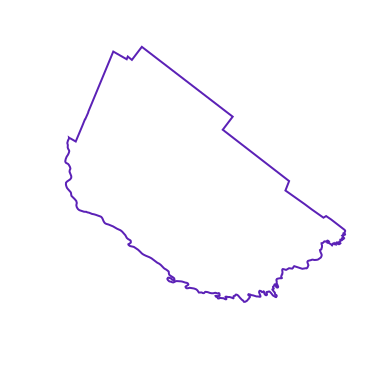 Bārtas pag., Grobinas, Latvia (Natural Earth projection), rotated 38°
{"feature_id": "27541924B34143831895881", "entity_name": "Bārtas pag.", "entity_type": "district", "adm_level": 2, "iso_a3": "LVA", "parent_name": "Latvia", "parent_adm1": "Grobinas", "projection": "natural_earth1", "projection_center": [21.383, 56.376], "detail": "fine", "context": "isolated", "style": "outline", "palette": "violet", "viewbox_px": 384, "rotation_deg": 38, "n_neighbors": 0, "source": "geoboundaries", "source_scale": "gbopen_adm2", "svg_char_len": 6048}
<svg xmlns="http://www.w3.org/2000/svg" viewBox="0 0 384 384"><g transform="rotate(38 192 192)"><path d="M63.1,108.5L63.3,124.9L58.0,124.8L58.8,127.6L43.5,129.8L60.9,192.6L61.3,193.3L63.1,200.5L62.9,200.7L64.9,207.6L69.3,223.8L63.5,224.6L62.2,224.9L61.6,224.9L62.1,225.4L62.6,227.9L63.6,230.2L65.2,231.4L66.6,233.4L67.6,234.1L69.7,235.0L70.2,235.5L70.8,236.9L71.3,238.9L71.5,241.4L72.2,243.8L73.1,245.6L73.5,246.1L74.1,246.4L74.7,246.6L77.1,246.2L78.1,246.4L79.1,246.8L80.4,247.4L81.4,248.1L81.9,248.6L82.0,249.5L82.4,250.4L83.1,251.5L86.9,253.7L87.5,254.3L88.1,255.2L88.2,256.4L88.2,257.1L87.1,260.6L87.0,261.6L87.0,262.3L88.1,263.8L89.1,264.6L90.7,265.6L92.0,266.0L96.3,266.8L97.0,267.1L97.5,267.5L98.6,268.6L99.5,269.3L103.9,269.8L106.3,270.3L108.0,271.6L108.6,272.9L109.0,273.6L109.9,274.4L110.6,274.9L112.4,275.6L113.8,275.7L114.6,275.6L119.1,274.0L120.9,272.7L122.0,272.5L123.6,271.7L126.8,270.8L128.3,270.0L130.0,269.3L135.1,267.6L135.9,267.5L136.8,267.7L137.7,268.0L140.6,269.6L142.2,270.1L143.0,270.1L144.1,269.9L146.3,269.0L151.0,267.7L155.5,267.1L159.2,266.2L161.3,266.2L166.1,267.1L168.8,268.3L169.8,268.4L170.8,268.4L172.7,268.1L173.4,268.1L173.9,268.3L174.8,269.3L174.9,269.7L174.8,270.2L174.5,271.2L174.0,272.3L174.2,272.6L174.9,272.8L176.5,272.7L179.9,271.1L180.8,271.0L185.0,270.7L187.4,270.9L190.4,271.3L192.2,271.2L194.7,270.7L198.6,269.6L200.9,269.2L208.2,269.1L210.3,268.7L212.4,268.7L216.6,269.3L217.6,269.3L219.6,269.0L222.3,269.0L222.8,269.2L224.0,270.5L224.7,271.0L225.5,271.3L226.3,271.3L229.8,270.9L231.1,271.0L232.0,271.7L232.3,272.2L231.7,272.9L230.3,273.3L229.3,273.1L228.1,273.2L226.1,274.0L225.9,274.3L226.0,275.5L226.4,275.9L227.2,276.2L228.9,276.4L229.6,276.2L230.8,275.6L232.0,275.3L232.9,274.8L233.3,274.2L234.1,272.4L234.8,271.6L238.5,269.1L239.7,268.5L242.5,267.5L243.8,266.8L244.9,266.6L245.6,266.8L246.1,267.2L246.1,267.8L245.3,269.9L245.2,270.6L245.8,271.1L246.3,271.2L247.1,271.1L247.6,270.7L248.6,269.7L249.0,269.0L253.0,266.8L254.2,266.4L255.4,266.1L256.9,266.2L259.3,267.0L261.5,265.2L262.7,265.0L263.5,264.5L263.7,264.2L263.8,263.5L263.8,262.9L264.0,262.5L264.5,262.1L266.1,261.2L268.3,260.5L270.0,259.6L271.1,258.7L272.1,257.4L272.7,256.9L274.9,256.1L275.1,255.4L275.4,255.2L275.8,255.1L276.3,255.3L276.8,255.9L277.4,256.4L277.6,256.7L277.6,256.9L276.4,258.2L275.3,258.9L274.7,259.1L274.5,259.4L274.8,259.6L275.3,259.7L275.9,259.6L276.3,259.3L276.7,259.3L277.8,259.8L278.2,259.8L278.8,259.3L278.8,258.9L279.1,258.4L282.0,256.5L282.3,256.3L283.8,256.1L284.8,255.7L285.0,255.3L284.8,254.9L283.4,254.2L283.0,253.9L283.2,253.5L285.5,252.3L286.0,251.8L286.6,251.5L288.3,250.8L288.9,250.7L289.3,250.4L289.9,250.4L290.0,250.1L289.6,249.7L289.6,249.4L289.0,248.6L289.1,248.1L289.8,247.2L289.8,246.9L289.6,246.1L289.8,245.8L290.2,245.5L291.1,245.2L292.1,245.2L293.2,245.4L294.9,245.8L296.4,246.0L297.5,246.2L299.1,246.1L300.3,246.5L300.7,246.5L301.6,245.6L302.3,243.7L302.3,241.9L302.5,241.1L302.3,240.5L302.4,239.6L302.3,239.1L301.8,238.6L301.5,238.5L301.0,238.4L300.6,238.6L299.8,238.5L299.5,238.2L299.5,237.7L301.2,236.9L302.3,236.7L303.7,235.9L307.1,234.6L308.8,233.4L309.7,233.0L310.3,232.4L310.2,232.1L309.6,231.5L307.1,230.1L306.5,229.6L306.2,229.0L306.1,228.5L306.2,228.1L307.3,227.6L308.8,227.8L309.1,227.6L309.3,227.2L309.5,226.3L309.8,226.2L310.2,226.3L311.0,227.1L311.8,227.6L312.8,227.9L313.6,227.9L314.2,227.5L314.3,226.8L313.9,226.3L312.7,225.6L312.4,225.3L312.4,224.9L312.8,224.3L313.4,223.9L313.8,223.1L314.4,222.7L316.8,223.0L319.4,223.7L322.6,223.3L323.0,223.0L322.8,221.8L322.5,221.5L322.0,221.3L320.5,221.4L320.1,221.2L319.2,220.3L318.0,220.1L315.4,219.4L315.3,219.1L315.9,218.2L315.9,217.8L315.5,217.5L314.5,217.2L314.2,216.8L314.4,215.7L314.0,214.1L314.1,213.8L314.3,213.5L314.8,213.4L315.1,213.6L315.7,214.3L317.0,215.0L317.5,215.0L318.1,214.8L318.4,214.4L318.4,214.0L318.1,213.5L315.2,211.9L314.6,211.4L313.7,210.2L312.7,209.4L312.5,208.9L312.5,208.2L312.9,207.5L314.2,206.0L315.6,204.9L315.8,204.6L315.6,204.3L314.8,204.1L314.5,203.9L313.8,202.5L313.9,201.9L313.9,201.5L313.3,200.8L313.2,200.1L312.0,198.8L311.4,198.3L310.9,197.5L310.9,197.0L311.5,196.5L314.0,195.5L314.2,195.3L315.4,192.3L318.1,190.7L318.3,189.6L318.1,188.4L318.2,187.5L326.2,184.6L328.7,181.9L329.3,181.6L329.4,181.3L329.5,180.5L328.8,178.0L326.7,176.7L326.2,176.3L325.9,175.9L325.8,175.1L326.0,174.6L327.7,172.4L328.3,171.4L329.1,170.8L330.0,170.4L330.6,170.0L332.0,168.7L332.7,167.9L332.9,167.5L333.8,164.6L333.8,163.8L333.4,162.5L332.9,161.7L332.0,161.1L330.0,160.1L328.6,159.0L328.7,158.6L329.1,158.0L329.2,157.5L328.7,156.7L328.7,156.2L328.2,155.2L327.3,154.0L326.3,153.4L325.6,152.6L326.5,151.5L326.7,149.5L327.0,149.2L327.2,149.3L327.5,149.1L328.0,148.5L328.4,147.9L328.6,147.0L328.8,146.8L329.7,146.6L330.4,146.8L330.1,147.4L329.6,147.5L329.3,147.9L329.3,148.4L329.6,148.6L330.2,148.5L331.0,148.0L332.2,147.8L333.5,147.7L334.0,147.6L334.6,147.6L335.0,147.9L335.3,147.8L335.2,147.4L334.8,146.7L334.7,146.1L335.2,145.6L335.4,144.8L335.7,144.9L335.8,145.4L336.1,145.5L336.7,145.3L337.0,144.9L337.7,144.8L337.6,144.6L336.9,144.5L336.8,144.3L337.2,144.1L337.1,143.7L336.9,143.2L337.2,142.4L337.5,142.3L337.6,142.8L337.8,142.9L338.5,142.8L338.8,143.1L339.3,143.1L339.5,142.6L340.2,142.3L340.2,141.8L340.5,141.5L340.5,141.2L340.1,141.3L339.2,141.5L339.0,141.3L339.2,140.9L338.7,140.7L338.7,140.1L339.1,139.9L339.3,139.7L339.3,139.4L338.8,138.2L338.5,138.1L339.0,137.6L339.5,137.7L339.8,137.6L339.9,137.2L339.7,137.0L339.1,136.8L338.7,136.4L338.7,136.2L339.3,136.0L340.0,136.1L340.3,135.8L340.3,134.7L340.0,134.6L338.9,134.8L338.7,134.7L338.8,134.4L338.6,134.2L338.3,134.2L337.2,133.9L337.3,133.7L337.9,133.7L338.2,133.3L338.2,133.2L337.7,133.1L337.3,132.8L337.2,132.0L337.0,131.7L337.3,131.6L338.6,131.8L338.7,131.7L338.8,131.4L338.7,131.1L338.3,130.9L337.6,131.0L337.2,130.8L337.0,130.5L337.1,129.4L336.7,128.4L336.3,128.1L335.3,127.9L318.5,128.0L312.5,128.4L311.4,131.3L297.2,132.0L288.2,132.2L264.7,133.3L261.8,123.6L177.9,124.0L177.7,107.6L63.1,108.5Z" fill="none" stroke="#5b21b6" stroke-width="2"/></g></svg>